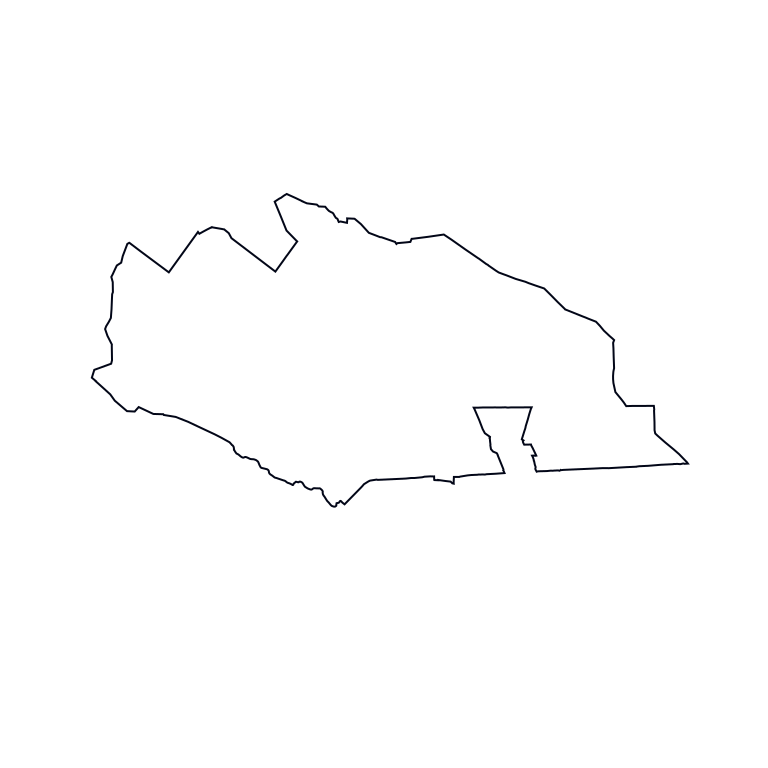 Malnavas pag., Karsavas, Latvia (Equal Earth projection), rotated 218°
{"feature_id": "27541924B93954265476468", "entity_name": "Malnavas pag.", "entity_type": "district", "adm_level": 2, "iso_a3": "LVA", "parent_name": "Latvia", "parent_adm1": "Karsavas", "projection": "equal_earth", "projection_center": [27.746, 56.802], "detail": "fine", "context": "isolated", "style": "outline", "palette": "ink", "viewbox_px": 768, "rotation_deg": 218, "n_neighbors": 0, "source": "geoboundaries", "source_scale": "gbopen_adm2", "svg_char_len": 6075}
<svg xmlns="http://www.w3.org/2000/svg" viewBox="0 0 768 768"><g transform="rotate(218 384 384)"><path d="M671.7,338.4L672.5,336.4L668.6,323.9L665.8,317.8L667.5,312.9L666.6,308.8L665.3,303.3L664.8,300.5L660.5,297.3L654.2,289.5L653.5,287.4L650.8,283.6L644.7,275.1L639.9,267.9L639.1,263.6L638.5,258.4L637.6,255.6L631.6,251.7L622.8,247.6L622.1,246.6L612.9,235.2L611.5,232.0L621.0,216.8L618.1,209.1L612.9,208.9L612.9,208.7L593.3,207.3L585.9,205.1L574.6,204.6L569.8,204.4L563.5,208.8L563.1,214.8L547.3,218.4L539.3,224.3L538.5,224.0L527.9,229.8L515.1,233.6L504.4,236.0L486.5,240.1L479.3,241.5L469.8,243.0L466.9,242.5L466.3,242.3L465.7,242.4L465.3,242.4L464.7,242.2L464.0,242.0L463.3,241.5L462.9,241.1L462.6,240.8L461.9,240.2L461.8,239.8L461.7,239.7L461.0,239.6L459.9,239.1L457.5,238.4L457.0,238.5L455.4,238.8L454.4,238.8L452.5,238.7L451.0,238.8L450.3,239.0L449.7,239.2L449.3,239.6L448.7,240.7L448.5,241.0L448.1,241.3L447.3,241.6L447.1,241.7L445.9,242.0L444.0,242.4L443.2,242.6L442.5,243.0L442.0,243.3L441.0,244.0L440.3,244.5L439.7,244.7L438.6,245.1L437.7,245.3L436.8,245.3L435.9,245.3L435.4,245.2L434.7,244.9L432.3,243.5L430.1,242.5L429.8,242.4L429.4,242.4L428.8,242.5L427.5,243.1L425.3,244.1L423.7,244.8L423.1,244.9L422.2,244.9L421.6,244.7L421.0,244.3L420.3,243.6L420.0,243.4L419.5,243.1L419.0,242.9L418.7,242.9L417.9,242.8L415.7,243.0L412.7,243.0L412.0,243.2L410.7,243.8L410.0,244.0L404.0,246.1L403.3,246.4L402.8,246.6L401.8,246.8L400.5,246.7L399.3,246.8L398.4,247.1L397.6,247.4L396.6,247.7L395.6,247.9L394.2,248.1L393.9,248.1L393.6,248.3L393.5,248.8L393.6,249.3L393.8,249.7L393.8,250.2L393.8,250.4L393.6,250.9L393.3,252.7L393.2,252.8L391.8,253.4L391.0,253.8L390.8,254.0L390.7,254.2L390.6,254.8L390.4,255.1L390.2,255.3L389.9,255.5L389.3,255.7L388.4,255.9L387.4,255.9L386.3,255.5L384.7,254.9L383.2,254.4L382.8,254.4L379.9,254.7L377.8,255.3L377.0,255.6L376.3,256.0L376.0,256.4L375.9,256.6L375.8,256.9L375.5,258.1L375.1,258.7L374.9,258.9L373.7,259.7L373.3,260.0L372.4,260.7L371.6,261.2L370.6,262.1L370.3,262.2L370.1,262.3L368.7,262.3L367.8,262.2L367.2,262.1L366.8,262.0L366.5,261.8L365.9,261.4L365.4,260.5L365.1,260.3L364.2,259.5L363.8,259.3L362.9,258.9L361.6,258.6L358.9,257.6L357.5,257.1L356.5,256.8L354.7,256.6L351.6,255.9L350.6,255.8L350.0,255.8L349.5,256.0L348.5,256.3L347.7,256.7L347.0,257.4L346.9,257.8L346.7,258.4L346.7,258.7L346.9,259.1L347.5,259.9L347.7,260.4L348.0,260.8L347.9,261.0L347.6,261.4L346.9,262.1L346.6,262.6L346.5,262.9L346.4,263.3L346.6,264.0L346.6,264.4L346.5,264.8L346.4,265.0L346.0,265.2L345.4,265.2L344.4,265.0L343.7,264.9L341.7,264.9L341.0,264.9L338.4,287.9L338.2,290.2L338.1,292.7L336.7,296.6L336.2,297.9L335.5,299.3L331.0,304.1L329.9,304.6L309.3,322.3L308.3,323.2L305.2,326.2L305.0,326.4L302.2,328.6L296.5,334.0L295.0,335.9L290.7,339.7L287.7,341.9L287.6,342.0L285.7,339.7L285.2,339.3L281.9,341.6L282.1,341.8L276.0,345.3L271.4,348.1L269.0,347.8L267.7,348.4L268.6,349.4L271.7,353.8L267.4,357.2L267.0,357.9L266.7,358.2L261.9,363.4L259.3,365.9L254.4,370.1L253.5,371.1L252.6,371.7L250.9,373.2L248.7,374.8L247.6,376.1L240.8,382.0L234.2,388.0L236.7,389.4L236.9,389.4L237.1,390.0L237.4,390.3L241.7,392.8L250.4,397.8L250.5,398.0L250.8,398.1L252.1,398.8L252.7,398.9L256.5,397.9L259.6,398.5L262.6,401.3L262.8,401.8L263.3,402.3L265.1,404.1L266.3,405.4L266.8,406.0L267.5,406.3L267.4,406.6L267.5,406.9L267.9,407.6L274.2,407.3L278.5,409.2L286.6,414.1L297.0,419.8L298.7,420.6L295.5,423.1L290.9,427.0L286.2,430.6L282.1,433.9L280.9,434.8L280.2,435.3L277.3,437.6L273.8,440.5L273.1,440.9L272.7,441.1L271.7,441.8L269.8,443.5L253.3,456.5L252.8,454.5L251.0,449.7L248.9,444.7L246.3,437.9L245.9,437.2L245.3,435.9L244.4,433.3L242.5,428.3L241.5,425.6L241.3,425.2L239.3,425.4L239.3,424.4L238.9,423.9L238.4,423.6L237.7,423.2L236.2,422.5L230.9,426.8L230.6,426.5L229.4,425.9L227.5,425.1L219.9,421.3L220.4,420.7L221.1,420.3L222.2,419.6L223.2,418.7L221.9,418.1L219.8,416.8L218.6,415.7L218.3,415.7L215.5,413.3L213.5,412.0L213.3,411.8L212.6,410.4L212.0,409.9L209.7,408.9L209.0,409.9L207.6,411.1L202.5,415.3L201.8,415.9L199.1,418.5L197.9,419.3L196.3,420.8L193.6,423.1L192.3,423.7L191.9,424.6L191.9,424.9L191.7,424.9L189.6,426.9L169.1,444.4L167.1,446.1L159.6,452.6L159.3,452.8L155.0,456.1L141.7,467.8L134.2,474.2L134.2,474.3L132.3,476.3L125.3,482.3L116.1,490.8L106.7,498.9L106.5,499.3L104.7,500.7L104.0,501.4L101.7,502.9L101.1,503.3L99.6,505.2L99.3,505.6L98.8,505.8L98.1,506.1L95.5,508.4L97.8,509.0L98.3,509.0L108.3,510.4L115.4,510.8L126.5,511.1L136.9,511.7L139.8,512.0L142.4,514.2L143.8,516.0L147.4,520.5L154.9,529.4L155.3,530.2L157.0,532.0L157.9,532.9L175.4,519.1L179.5,515.7L183.8,517.1L187.3,518.0L196.7,520.1L203.8,526.0L206.4,528.8L208.4,531.3L210.7,534.7L211.4,536.0L212.4,538.1L219.9,547.0L225.1,553.3L228.8,557.5L229.7,560.3L231.8,560.5L236.0,560.7L243.6,561.4L249.5,562.7L255.3,563.6L263.7,561.1L266.0,560.5L268.9,559.6L287.2,554.3L287.3,554.4L297.5,555.5L308.1,556.9L316.6,557.9L325.4,554.8L330.2,553.2L331.9,552.6L335.5,551.6L344.9,547.9L354.5,545.0L357.2,544.1L362.3,542.5L365.7,542.2L374.5,541.7L375.7,541.8L377.1,541.5L386.6,541.2L387.0,541.1L402.9,540.1L419.5,539.3L428.9,538.6L439.7,527.3L451.0,515.9L451.6,515.4L450.7,512.2L453.9,509.1L460.2,503.2L460.4,502.0L461.2,502.2L462.6,502.8L476.3,498.1L477.5,497.3L482.2,495.9L488.7,493.9L489.0,493.8L500.6,495.8L508.8,496.1L509.1,496.0L515.0,491.8L514.3,491.1L512.4,488.2L518.3,485.3L519.4,483.8L520.7,484.5L521.8,485.2L522.5,485.5L524.1,485.3L524.6,485.4L526.8,486.2L528.9,487.1L529.6,487.2L530.1,487.2L531.7,486.8L533.8,486.5L535.0,486.6L537.4,487.0L539.4,487.5L540.3,486.9L544.6,483.8L547.2,484.0L547.4,484.0L556.0,478.9L559.8,477.9L560.6,477.7L560.6,477.8L568.3,476.1L577.7,473.8L578.8,470.9L579.5,468.4L579.8,467.3L580.6,465.7L582.4,460.4L568.1,452.3L555.3,444.9L540.5,442.9L540.2,442.9L539.8,431.8L539.6,426.3L539.6,424.9L539.3,418.7L538.8,405.7L594.0,405.0L599.2,407.3L604.1,407.4L605.0,407.5L605.1,407.4L607.3,406.3L616.0,401.6L616.1,401.4L616.3,401.5L618.4,397.1L620.2,393.0L622.0,388.7L624.2,389.3L622.3,339.5L656.9,338.7L671.2,338.5L671.5,338.4L671.7,338.4Z" fill="none" stroke="#020617" stroke-width="2"/></g></svg>